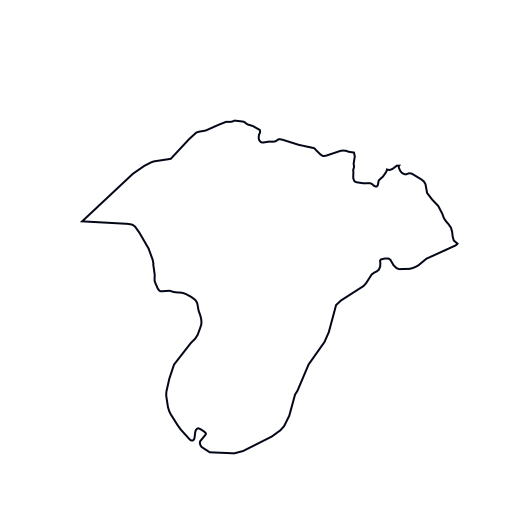 an SVG outline of Aleppo, rotated 137°
{"feature_id": "SYR-137", "entity_name": "Aleppo", "entity_type": "Province", "adm_level": 1, "iso_a3": "SYR", "parent_name": "Syria", "parent_adm1": "", "projection": "robinson", "projection_center": [37.495, 36.172], "detail": "fine", "context": "isolated", "style": "outline", "palette": "ink", "viewbox_px": 512, "rotation_deg": 137, "n_neighbors": 0, "source": "natural_earth", "source_scale": "10m", "svg_char_len": 3270}
<svg xmlns="http://www.w3.org/2000/svg" viewBox="0 0 512 512"><g transform="rotate(137 256 256)"><path d="M357.0,111.9L367.6,113.2L398.5,122.2L406.5,126.5L423.7,144.0L425.9,152.8L426.0,153.5L425.9,154.5L425.6,155.7L424.7,157.4L423.9,158.2L423.1,158.6L414.9,159.7L414.3,159.9L413.7,160.3L413.5,161.4L413.7,163.0L414.5,166.5L415.1,168.1L415.6,169.2L416.2,169.6L416.7,169.8L417.5,169.8L418.2,169.8L419.5,169.3L421.1,168.2L425.0,164.9L426.1,164.3L426.8,164.1L427.5,164.1L428.2,164.3L428.7,164.7L429.1,165.2L429.4,165.9L429.5,166.5L429.6,167.3L429.4,180.4L428.7,185.9L427.6,191.6L426.3,198.4L425.3,201.7L423.4,205.6L417.2,214.7L415.8,216.3L413.9,218.0L403.2,225.3L390.0,232.5L363.1,236.8L357.0,237.0L352.5,238.1L345.8,241.5L343.1,243.0L342.2,243.7L340.4,245.5L338.7,247.9L337.2,250.7L335.2,255.3L331.7,260.7L331.0,262.0L330.7,263.4L330.4,264.8L330.7,267.2L331.3,270.3L333.3,276.2L334.8,279.0L336.3,280.9L338.7,283.3L340.8,285.9L342.9,289.5L343.0,289.6L349.5,294.9L350.1,295.8L350.3,296.9L350.1,299.0L349.8,299.9L349.5,300.8L349.2,301.3L348.5,303.7L347.4,306.4L347.0,307.0L346.2,308.0L343.0,311.2L336.8,320.0L336.3,320.4L335.5,321.5L334.1,323.8L329.5,334.7L325.4,352.5L324.5,359.4L324.5,360.4L324.6,361.4L325.0,362.7L325.3,363.5L325.7,364.2L328.1,367.2L359.5,399.9L290.0,400.1L276.2,398.1L268.8,396.0L266.1,394.8L255.3,387.4L255.2,387.3L252.0,385.2L225.2,387.1L215.7,387.0L214.6,386.6L213.1,385.9L207.3,382.1L193.4,377.3L186.6,374.6L185.8,374.0L183.3,371.6L182.3,370.9L181.4,370.4L180.1,369.9L179.2,369.5L174.1,363.5L173.2,362.1L172.6,358.6L172.1,357.3L171.1,355.8L169.6,353.0L167.3,345.6L168.1,344.2L169.1,343.4L171.0,342.7L171.5,342.3L172.5,341.5L173.3,340.7L173.9,340.0L174.5,338.8L174.7,338.1L174.8,337.3L174.8,336.5L174.7,335.8L174.2,335.0L173.4,334.1L168.6,330.9L165.4,327.8L163.4,326.5L160.9,326.2L160.1,325.9L159.4,325.7L158.4,324.5L157.1,322.6L148.9,308.1L140.2,295.6L139.9,294.9L139.8,294.1L139.9,292.5L139.6,286.3L139.3,284.9L138.9,283.6L138.0,282.7L136.4,281.6L122.8,275.4L121.3,274.5L119.9,273.2L118.4,271.5L117.2,269.1L113.8,264.8L115.8,261.5L121.3,257.2L122.2,256.2L122.9,255.1L123.7,254.2L124.1,253.9L124.4,253.7L126.0,252.8L126.5,252.3L127.7,250.8L130.9,247.6L131.8,246.5L132.4,245.3L132.7,244.6L132.9,243.8L132.9,242.8L132.2,241.4L128.0,236.1L123.0,231.5L122.1,229.8L121.8,226.8L121.6,226.2L121.3,225.6L120.9,225.0L120.4,224.6L119.6,224.5L118.5,224.8L115.1,227.3L114.3,227.6L109.0,227.5L103.4,228.7L101.3,229.8L101.3,229.7L99.4,227.6L96.8,226.6L91.4,226.0L89.8,224.5L90.5,224.4L91.5,222.7L92.5,219.7L92.6,218.0L92.4,216.5L91.9,215.2L91.1,213.9L90.4,213.3L87.8,212.2L86.7,211.2L85.8,209.7L82.8,199.1L82.4,195.9L83.1,192.9L87.9,185.4L88.7,177.0L88.6,168.3L90.9,160.0L92.8,155.4L93.4,151.6L93.5,147.8L94.2,143.5L96.3,139.6L98.9,136.1L100.8,132.4L100.2,127.6L101.7,127.5L103.3,127.7L103.4,127.8L133.2,137.8L143.5,138.4L146.6,139.2L149.8,140.4L152.8,142.1L155.3,144.4L160.3,148.8L161.5,151.3L161.7,155.4L160.3,161.7L160.9,163.9L163.9,166.6L167.1,168.3L168.6,167.9L169.9,166.0L172.4,163.6L175.5,162.2L178.2,162.4L180.8,163.2L183.9,163.6L194.2,161.0L197.8,160.7L224.1,165.5L230.9,165.5L243.2,157.8L254.8,150.6L264.6,146.4L291.5,140.8L317.5,129.2L322.0,128.0L324.9,126.2L340.6,116.5L351.5,112.4L357.0,111.9Z" fill="none" stroke="#020617" stroke-width="2"/></g></svg>